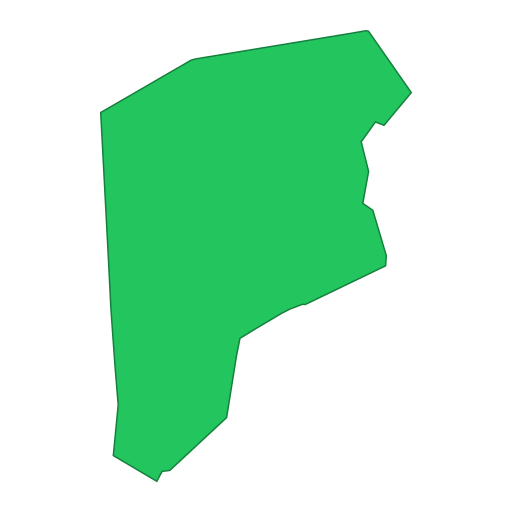 Putnam, West Virginia, United States of America (Albers equal-area conic projection)
{"feature_id": "52423323B57227044271889", "entity_name": "Putnam", "entity_type": "district", "adm_level": 2, "iso_a3": "USA", "parent_name": "United States of America", "parent_adm1": "West Virginia", "projection": "albers", "projection_center": [-81.873, 38.475], "detail": "fine", "context": "isolated", "style": "filled", "palette": "green", "viewbox_px": 512, "rotation_deg": 0, "n_neighbors": 0, "source": "geoboundaries", "source_scale": "gbopen_adm2", "svg_char_len": 510}
<svg xmlns="http://www.w3.org/2000/svg" viewBox="0 0 512 512"><path d="M226.6,417.6L236.5,355.7L240.0,338.3L256.2,328.4L281.1,313.6L289.8,309.1L302.4,304.3L305.2,304.5L385.6,265.8L386.3,255.6L372.8,210.3L362.8,203.4L368.6,171.4L361.2,141.8L375.4,122.0L384.0,125.3L411.3,92.6L368.5,31.2L366.1,30.7L346.7,34.0L196.2,58.8L191.2,60.1L100.7,112.5L108.3,256.6L110.9,308.5L114.9,364.8L118.2,404.9L113.3,455.6L156.8,481.3L162.1,471.4L169.8,470.4L226.6,417.6Z" fill="#22c55e" stroke="#15803d" stroke-width="1.5"/></svg>